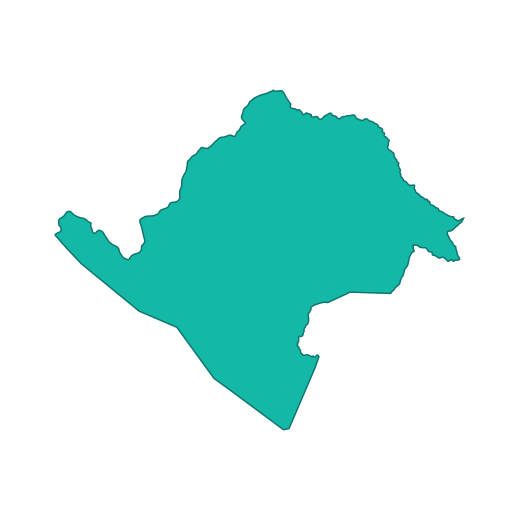 Patuca, Olancho, Honduras, rotated 279°
{"feature_id": "27666195B65375396253537", "entity_name": "Patuca", "entity_type": "district", "adm_level": 2, "iso_a3": "HND", "parent_name": "Honduras", "parent_adm1": "Olancho", "projection": "orthographic", "projection_center": [-85.91, 14.325], "detail": "fine", "context": "isolated", "style": "filled", "palette": "teal", "viewbox_px": 512, "rotation_deg": 279, "n_neighbors": 0, "source": "geoboundaries", "source_scale": "gbopen_adm2", "svg_char_len": 6125}
<svg xmlns="http://www.w3.org/2000/svg" viewBox="0 0 512 512"><g transform="rotate(279 256 256)"><path d="M154.9,331.8L166.2,333.9L166.7,333.7L167.4,333.1L167.8,332.3L167.6,331.7L165.5,330.2L165.1,329.7L165.2,329.4L166.1,328.3L166.0,327.8L165.4,327.1L165.3,326.6L166.1,324.2L166.4,322.9L166.3,321.3L165.5,319.3L165.7,317.8L165.9,317.3L167.5,315.5L168.5,314.9L170.0,314.5L170.9,313.3L172.9,312.4L173.7,310.8L174.0,310.5L175.5,311.1L175.9,311.0L176.5,310.4L176.8,310.3L177.1,310.5L177.8,311.5L182.9,310.8L183.3,311.3L183.7,313.4L184.1,314.0L184.6,314.4L185.7,314.7L188.1,314.9L189.3,315.3L191.1,314.8L193.6,315.8L194.4,315.9L195.1,316.1L196.7,317.5L197.4,317.8L200.3,318.1L202.6,317.7L204.3,317.1L207.2,316.7L207.7,316.9L208.3,317.5L209.3,318.0L210.4,317.8L211.6,318.7L213.8,318.3L214.3,318.4L214.5,318.6L216.8,321.4L219.4,326.4L220.9,330.0L221.2,331.6L221.2,334.0L233.9,353.0L235.0,354.3L240.1,394.8L241.8,395.6L244.2,397.5L246.5,398.6L250.7,402.0L253.3,402.5L256.4,402.7L259.5,404.2L260.5,404.5L265.5,404.8L270.5,407.2L273.4,407.5L277.6,407.6L279.4,407.9L283.8,409.4L285.3,411.4L285.9,411.3L288.1,410.2L290.1,409.8L290.8,409.4L291.2,409.4L291.5,409.7L291.7,411.1L291.6,413.0L291.8,414.1L291.5,414.7L290.8,415.2L290.4,416.6L290.2,419.8L290.7,421.4L290.7,421.9L289.8,423.6L287.4,425.7L287.3,426.4L287.5,428.3L287.3,428.9L286.8,429.4L284.7,430.1L284.6,430.4L284.4,433.0L282.6,437.0L282.8,438.0L284.1,440.4L284.0,441.2L283.5,442.5L280.7,446.5L282.9,449.7L282.7,450.3L281.7,451.7L281.7,452.1L283.1,453.6L283.3,455.3L283.6,456.3L284.2,457.3L284.8,457.6L285.9,457.2L287.7,455.5L289.5,454.4L291.8,453.7L293.7,452.6L296.5,451.7L297.8,449.1L300.0,448.0L302.4,445.0L304.6,443.8L306.9,441.9L308.7,441.1L309.7,441.4L310.7,442.2L311.2,444.4L312.1,445.6L313.3,446.8L316.3,448.9L317.2,450.0L319.2,451.3L321.0,453.2L322.0,453.8L323.2,454.0L324.4,454.7L325.8,455.1L325.5,454.4L323.2,451.7L322.2,449.8L323.1,447.9L323.4,447.0L323.9,446.1L324.4,445.5L325.6,445.0L325.7,444.4L325.4,443.4L325.4,442.4L326.0,439.3L326.7,437.8L327.4,435.7L328.4,434.0L329.5,429.8L329.9,429.4L331.1,428.7L331.5,428.0L331.9,427.0L331.7,426.0L333.0,424.3L333.6,422.9L333.8,422.4L333.8,421.1L334.1,420.5L334.9,419.6L335.8,419.4L336.9,418.8L337.2,418.1L336.9,417.5L338.8,416.0L338.8,415.5L338.2,414.8L338.1,414.3L338.6,414.1L339.9,411.6L340.5,409.8L342.5,407.0L343.9,404.1L344.4,403.7L346.0,402.9L347.6,401.5L350.0,401.7L350.7,401.3L350.8,400.9L349.7,396.7L350.7,395.0L352.9,392.4L353.5,389.9L354.0,389.6L354.6,389.6L355.2,389.1L357.7,386.2L358.7,386.4L360.6,385.3L362.4,385.0L363.9,385.1L365.3,383.5L366.0,383.2L367.0,383.1L367.3,382.4L367.8,381.8L369.2,382.6L370.1,382.4L370.5,381.9L371.4,380.2L372.9,380.0L373.3,379.6L373.4,378.9L373.7,378.5L374.8,377.9L376.1,376.7L378.1,376.4L379.2,375.9L379.6,374.8L380.7,373.3L381.8,370.5L382.4,369.8L383.8,368.9L384.3,368.8L386.3,369.3L388.9,369.0L390.5,369.5L391.2,369.4L391.5,368.7L393.8,366.1L394.1,364.2L394.4,363.9L395.1,363.6L396.4,363.8L397.3,363.6L397.6,363.4L398.2,361.4L399.0,361.2L400.3,361.4L401.2,360.8L401.8,359.8L402.5,357.1L403.0,356.6L404.1,356.1L404.7,355.5L405.2,354.3L405.4,353.1L406.3,351.3L407.1,348.7L407.1,347.0L408.7,344.1L408.4,342.0L406.5,340.3L406.4,339.5L406.7,338.3L406.5,337.3L407.3,335.7L407.4,333.6L409.5,332.3L410.4,331.1L410.6,330.5L410.2,328.8L409.2,326.5L408.6,324.0L407.6,321.7L407.1,319.6L406.4,318.7L405.0,317.7L404.5,316.9L404.7,316.2L404.8,314.7L405.8,314.0L406.6,312.9L406.5,311.7L406.9,310.8L406.5,309.8L406.9,309.4L407.3,308.5L408.6,308.4L408.6,306.3L406.6,304.1L405.8,302.9L404.5,301.3L403.1,300.7L402.0,299.8L401.4,298.9L401.1,297.9L401.1,296.9L402.8,295.4L403.2,294.2L403.1,293.4L402.2,290.8L402.1,289.2L402.5,288.7L403.9,288.6L404.3,288.2L404.6,287.2L404.5,285.5L405.1,284.6L405.1,283.2L403.4,281.6L403.1,281.1L403.1,280.6L403.7,279.6L405.0,278.8L405.9,278.0L407.2,275.7L407.1,274.9L406.8,274.6L406.3,274.4L406.2,274.1L407.1,272.7L407.4,271.7L407.5,268.0L408.0,267.1L409.5,266.0L411.1,266.7L411.6,266.6L412.1,265.8L415.2,263.0L417.2,261.0L420.1,259.1L422.9,256.5L423.2,255.6L423.3,254.9L422.6,252.9L422.2,250.6L421.6,249.1L421.8,248.2L422.4,247.4L422.3,246.9L420.9,245.8L420.8,244.8L418.8,242.1L415.4,234.9L412.0,229.9L407.4,225.7L404.3,224.8L402.1,223.3L400.1,221.5L399.2,221.1L397.3,220.7L394.8,220.6L393.2,220.1L391.9,219.9L390.5,220.0L389.6,220.5L387.4,222.7L386.2,224.5L385.9,224.7L385.4,224.7L384.7,224.2L384.0,223.2L381.6,221.0L377.9,219.9L375.4,217.9L371.9,217.0L371.1,216.6L370.8,216.0L370.7,215.1L371.4,212.6L371.3,211.4L370.9,210.3L368.8,206.5L368.3,205.3L367.9,203.2L366.7,201.1L364.9,199.9L362.6,197.9L357.8,194.5L355.0,191.8L354.7,190.9L354.5,189.6L354.5,188.0L354.8,186.0L354.4,185.0L350.5,182.5L347.7,181.3L346.1,179.6L344.5,177.4L340.8,175.3L339.4,174.1L338.2,173.6L334.7,173.9L328.6,173.7L325.0,172.2L320.3,170.9L315.2,171.4L312.9,171.5L311.6,171.4L309.8,170.8L308.3,170.6L305.3,170.9L301.5,171.7L300.0,171.5L298.4,170.4L297.2,169.0L296.7,167.8L295.7,164.5L295.1,163.3L293.9,162.5L291.4,161.8L290.4,161.3L289.1,159.7L286.6,155.0L284.9,153.8L282.7,152.9L282.0,152.3L279.8,148.7L279.0,145.6L278.4,142.6L277.8,140.7L276.0,138.1L274.0,136.1L272.9,135.7L271.4,136.0L265.8,138.9L260.3,141.0L254.0,143.7L252.3,143.8L251.2,143.5L247.9,141.5L246.5,141.5L244.9,141.9L243.3,141.5L242.0,140.8L240.4,139.2L238.9,135.8L237.3,133.5L235.7,132.4L234.4,131.7L233.5,131.6L232.7,130.9L232.4,130.2L232.5,129.4L232.9,127.1L234.0,124.6L237.0,121.8L239.2,120.3L241.5,119.4L242.6,118.3L243.3,117.3L245.0,112.0L246.9,108.8L249.3,106.5L255.2,101.3L256.3,100.0L256.9,97.6L256.9,96.9L255.4,95.0L253.5,93.9L253.2,92.6L253.5,91.5L254.1,90.9L258.3,89.0L259.9,87.8L262.1,88.0L262.7,87.8L263.1,87.0L263.4,85.3L264.8,83.2L265.3,82.0L265.9,81.2L266.3,77.8L266.3,76.4L267.0,72.7L268.3,69.5L269.2,68.1L270.6,66.4L270.9,65.3L270.8,64.1L270.4,63.1L269.8,62.2L265.7,60.2L264.3,58.9L262.1,56.4L261.1,55.7L260.0,55.6L256.2,56.3L255.6,56.6L254.5,58.1L253.8,58.7L252.5,59.2L250.1,59.5L249.4,59.0L247.9,56.6L246.5,54.9L245.9,54.5L245.1,54.4L234.0,67.9L221.0,84.7L183.2,149.3L173.2,189.0L128.4,233.8L121.4,247.7L88.7,310.4L90.7,315.6L154.9,331.8Z" fill="#14b8a6" stroke="#0f766e" stroke-width="1.5"/></g></svg>